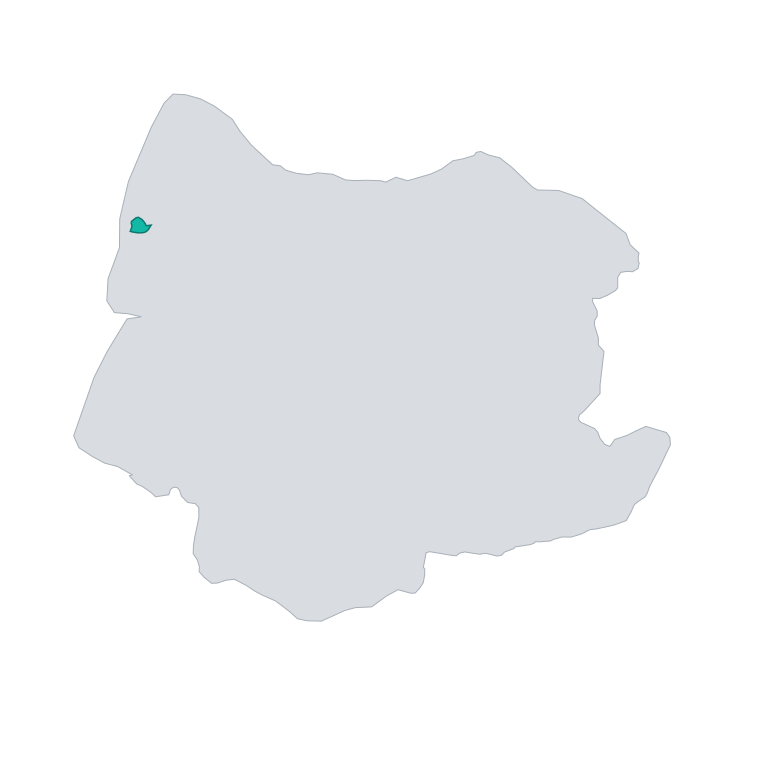 where Paramaribo sits in Suriname, rotated 282°
{"feature_id": "SUR-72", "entity_name": "Paramaribo", "entity_type": "District", "adm_level": 1, "iso_a3": "SUR", "parent_name": "Suriname", "parent_adm1": "", "projection": "natural_earth1", "projection_center": [-55.178, 5.837], "detail": "fine", "context": "in_parent", "style": "filled", "palette": "teal", "viewbox_px": 768, "rotation_deg": 282, "n_neighbors": 0, "source": "natural_earth", "source_scale": "10m", "svg_char_len": 2757}
<svg xmlns="http://www.w3.org/2000/svg" viewBox="0 0 768 768"><g transform="rotate(282 384 384)"><path d="M611.3,180.7L601.1,190.7L589.9,204.9L575.3,229.4L575.9,237.2L572.7,243.4L571.9,254.4L573.0,266.7L576.7,274.8L578.5,290.2L575.6,304.0L576.7,312.1L579.7,324.8L582.1,338.4L581.9,343.9L585.4,348.3L588.7,352.7L587.7,364.8L599.3,386.4L606.4,395.8L616.7,405.0L620.4,413.9L626.3,424.7L629.7,426.0L631.6,430.3L629.7,438.7L629.3,450.2L622.7,463.7L607.5,488.3L605.7,494.0L609.6,514.4L607.5,531.2L606.6,539.2L599.2,553.9L581.5,589.5L571.3,595.9L565.1,606.2L561.2,606.3L556.8,607.2L555.4,608.5L549.8,608.4L545.5,603.8L544.8,598.5L542.4,592.3L537.0,590.4L526.7,592.6L523.7,591.1L517.5,584.4L512.4,577.2L511.2,570.3L507.9,570.9L500.0,577.2L494.7,578.5L490.4,576.9L485.7,577.4L473.7,584.1L466.6,585.6L461.6,592.4L428.2,595.5L419.5,597.3L399.6,585.5L394.5,581.7L391.9,581.2L389.6,581.8L387.5,584.4L384.2,599.2L381.2,603.2L376.0,606.4L370.9,612.3L369.9,618.0L377.7,621.2L384.2,632.3L391.3,641.2L397.0,649.0L396.2,657.9L395.2,670.5L391.1,674.7L384.2,676.8L359.0,670.8L339.6,665.3L331.5,664.1L327.8,662.8L323.0,658.1L318.1,653.9L310.2,652.3L300.8,649.4L293.9,638.4L286.7,622.6L284.2,615.5L278.6,608.6L273.1,598.8L271.4,590.1L267.3,582.2L265.1,579.5L261.9,568.7L261.3,564.7L259.7,564.1L257.4,560.7L253.0,549.1L252.0,546.2L250.0,545.2L244.8,537.0L240.7,534.2L239.2,530.1L239.6,518.7L237.4,513.1L236.7,502.4L236.6,498.2L234.5,493.4L230.9,490.3L230.3,482.6L229.5,463.6L227.8,460.3L213.0,460.6L211.5,462.4L205.0,463.5L197.8,463.7L191.4,461.2L186.0,457.9L184.9,453.7L185.7,440.5L177.1,430.5L163.4,418.2L159.3,402.5L154.3,392.7L139.1,372.2L136.4,358.1L136.4,348.2L141.7,339.1L149.2,323.1L152.3,308.5L154.5,300.9L158.4,291.0L161.9,278.2L159.2,270.2L154.7,262.5L153.2,256.7L157.6,248.2L162.0,242.2L167.0,241.4L173.4,237.8L178.4,232.6L185.9,231.3L195.4,230.7L214.8,230.7L224.7,228.5L227.7,224.4L227.3,216.4L232.2,209.2L237.4,206.2L239.4,203.8L239.7,201.1L238.4,198.7L236.3,197.1L230.9,196.5L226.2,184.0L229.5,178.6L233.7,168.5L234.8,162.9L241.3,154.0L242.8,156.7L247.9,140.5L248.5,127.3L252.3,114.3L258.2,98.9L268.8,91.2L330.1,99.0L358.1,106.4L394.2,119.1L399.3,132.7L399.5,119.1L397.8,105.4L407.7,95.6L429.6,92.2L462.4,96.9L490.5,91.2L528.8,91.9L586.9,103.0L613.0,110.5L623.7,117.3L625.7,129.7L624.7,145.4L620.5,160.5L611.3,180.7Z" fill="#d9dde1" stroke="#a8b0b8" stroke-width="1"/><path d="M480.6,104.0L481.6,104.3L482.6,104.3L483.9,104.5L485.6,104.7L487.0,104.2L488.6,103.4L490.5,103.2L492.6,104.9L495.1,107.0L496.0,109.1L494.5,113.2L492.7,115.5L492.9,115.4L490.9,117.4L489.4,118.3L490.3,121.3L491.0,123.2L485.8,121.3L483.7,119.7L482.8,118.6L482.1,117.2L481.6,115.8L480.7,111.9L480.4,106.7L480.5,104.6L480.6,104.0Z" fill="#14b8a6" stroke="#0f766e" stroke-width="1.5"/></g></svg>